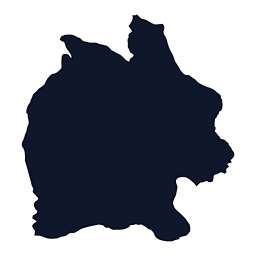 Conceição das Alagoas, Minas Gerais, Brazil
{"feature_id": "56859067B76812944203742", "entity_name": "Conceição das Alagoas", "entity_type": "district", "adm_level": 2, "iso_a3": "BRA", "parent_name": "Brazil", "parent_adm1": "Minas Gerais", "projection": "robinson", "projection_center": [-48.354, -19.942], "detail": "fine", "context": "isolated", "style": "filled", "palette": "ink", "viewbox_px": 256, "rotation_deg": 0, "n_neighbors": 0, "source": "geoboundaries", "source_scale": "gbopen_adm2", "svg_char_len": 4533}
<svg xmlns="http://www.w3.org/2000/svg" viewBox="0 0 256 256"><path d="M219.0,94.8L217.7,93.8L216.1,92.6L214.2,90.8L212.5,89.7L210.8,89.0L208.5,88.1L207.0,87.8L205.4,87.1L203.6,86.3L201.8,85.5L200.1,84.5L198.2,83.4L196.4,81.9L194.6,79.9L192.7,78.8L191.1,77.6L189.3,76.1L187.7,75.8L186.2,75.9L184.5,75.3L182.6,73.9L180.9,72.1L179.6,70.3L178.2,67.7L177.1,65.9L175.8,63.9L174.6,62.0L173.9,60.3L173.2,58.1L172.4,55.9L171.5,54.0L170.6,52.4L169.5,50.4L168.4,48.0L167.8,46.2L167.2,44.4L166.6,42.2L166.2,40.3L165.4,38.3L164.3,36.3L163.1,34.5L162.7,31.9L163.1,30.0L163.6,28.2L163.4,26.2L162.3,24.6L160.7,24.9L159.2,24.9L157.5,25.1L155.5,25.2L153.8,25.0L152.5,24.3L151.2,23.7L149.9,23.0L148.2,22.0L145.9,20.6L143.8,20.0L142.0,19.6L140.0,18.6L138.2,16.8L136.9,15.4L135.1,16.1L133.4,15.9L133.5,18.5L132.9,20.8L132.0,22.4L130.9,24.2L129.5,26.0L130.4,27.2L131.4,28.8L132.4,30.0L132.8,31.9L131.1,33.1L129.9,34.1L129.2,35.6L129.5,37.5L128.4,39.4L128.3,41.8L128.9,43.4L128.5,44.9L128.6,46.9L129.9,49.7L130.7,51.7L132.0,52.7L133.4,53.5L134.4,54.6L134.2,56.2L132.8,57.8L131.5,58.5L130.4,59.9L130.1,62.2L128.4,62.3L126.6,61.4L124.8,60.0L123.1,58.2L121.4,56.6L120.1,55.6L118.5,54.7L117.0,54.0L115.3,53.3L113.5,52.0L111.5,51.1L110.4,50.2L109.1,48.6L107.5,47.1L106.0,46.3L103.9,45.8L102.0,45.3L100.2,45.0L98.6,44.6L97.0,43.8L95.4,43.4L93.8,43.4L91.4,43.5L89.5,43.3L87.4,42.8L85.5,42.5L84.0,42.1L82.2,41.4L80.7,39.7L79.2,38.5L77.3,38.1L75.3,36.7L73.5,36.0L71.7,35.5L70.1,35.4L68.5,35.3L66.8,35.5L65.3,35.6L63.7,36.1L61.9,36.9L60.6,39.2L61.9,40.5L63.8,40.9L65.2,42.4L65.9,44.6L66.5,46.7L68.0,49.2L69.5,51.1L70.6,52.9L71.7,54.6L72.2,56.3L72.3,59.0L70.5,58.6L69.2,57.0L68.2,55.4L65.7,54.6L63.3,55.0L62.4,57.0L62.3,59.5L62.1,62.1L62.2,64.2L62.3,66.3L62.0,68.7L60.6,70.2L59.3,71.5L57.7,72.8L55.9,73.8L54.3,74.5L52.6,74.6L51.1,75.7L49.7,77.2L48.2,78.8L47.1,80.7L46.1,82.6L45.3,84.6L43.9,85.9L42.2,87.3L40.8,88.1L39.6,89.0L38.3,90.3L37.1,91.7L35.9,92.7L34.5,94.0L33.5,95.3L32.7,97.7L31.6,99.9L31.0,102.2L29.7,104.2L28.6,105.8L27.8,107.9L27.2,110.3L27.0,112.5L28.4,113.9L28.5,116.5L29.0,118.9L29.4,120.8L29.5,122.5L29.1,124.9L28.1,127.1L27.6,128.7L27.3,130.4L27.0,132.2L26.1,133.9L25.4,135.9L24.8,138.3L23.7,140.6L22.8,142.6L22.5,144.7L23.0,146.5L24.4,148.6L25.1,150.6L25.4,152.3L25.6,154.4L25.8,157.2L25.7,158.9L25.7,160.7L26.3,162.8L27.0,164.8L27.4,166.5L28.0,168.3L28.5,170.3L29.1,172.5L29.7,174.5L30.1,176.5L30.7,178.0L31.0,179.6L31.7,181.8L32.0,183.8L32.7,185.8L34.2,188.8L33.5,191.7L34.5,193.2L35.8,194.0L36.7,195.5L38.0,196.7L39.1,197.9L38.8,199.5L37.4,201.2L35.6,202.1L34.8,203.8L34.6,205.6L35.4,207.3L36.1,208.9L37.3,209.8L38.2,211.4L37.3,213.5L35.4,215.0L33.5,216.0L33.1,218.0L34.7,219.0L36.1,219.9L37.8,221.0L36.4,222.7L34.5,223.9L32.9,225.8L33.6,227.9L34.8,229.2L35.8,230.7L35.5,233.0L35.2,234.8L37.6,234.9L40.2,235.0L46.3,237.2L48.7,237.9L53.1,238.0L57.5,237.5L60.4,236.1L65.2,235.3L68.1,233.2L70.6,232.1L74.0,232.2L76.1,231.1L80.5,228.4L82.6,227.5L90.6,225.4L98.7,223.8L102.9,224.4L104.5,225.6L105.6,226.7L107.0,227.1L108.7,226.7L111.1,228.3L113.6,229.1L116.6,228.9L119.9,229.0L124.2,228.4L128.1,226.8L130.1,224.4L133.5,224.2L135.8,223.3L138.1,224.1L141.8,223.7L145.2,225.8L147.0,226.9L148.5,228.2L151.5,229.3L153.7,231.6L154.7,233.3L155.2,234.8L156.4,236.7L157.8,237.9L159.7,239.0L161.9,239.7L166.7,240.6L171.7,240.6L175.1,239.3L178.2,238.6L179.5,236.5L186.2,234.8L187.6,233.3L189.4,231.0L189.5,227.8L188.9,224.8L184.5,218.6L180.1,214.3L175.1,209.7L173.7,207.8L172.3,203.9L172.4,202.0L173.3,198.8L174.9,195.7L175.5,193.7L176.8,187.0L175.2,182.3L175.2,180.0L176.7,178.0L178.3,176.9L181.3,176.3L184.3,176.3L186.8,176.9L189.9,178.6L192.9,181.2L194.4,182.4L196.6,185.2L197.6,184.1L198.8,183.2L200.0,181.8L201.6,181.7L203.3,181.4L204.8,180.6L206.2,180.4L207.7,180.4L208.8,181.4L210.6,181.4L212.1,180.9L212.6,179.1L212.9,175.9L214.2,173.9L216.2,173.7L218.0,172.9L219.2,172.1L220.8,171.4L222.9,172.1L224.4,172.8L225.7,172.0L225.2,169.4L226.4,167.7L228.0,166.5L226.5,164.7L227.1,163.0L229.2,162.3L230.7,161.9L229.5,159.7L231.1,158.7L232.2,157.6L233.4,155.7L233.5,153.3L232.3,151.5L231.2,150.1L230.6,148.3L229.2,146.7L228.0,144.9L227.5,143.2L226.0,142.5L224.9,141.0L223.5,140.3L221.8,139.9L219.9,139.4L218.9,137.2L217.1,135.4L215.7,133.4L213.9,131.5L214.5,129.8L215.0,127.8L213.8,126.4L213.8,124.4L214.0,121.7L214.1,119.5L214.8,118.0L216.0,116.8L216.6,115.1L218.0,113.6L218.3,111.3L220.1,110.3L221.4,108.6L221.6,107.0L221.8,105.2L221.8,103.5L221.3,101.9L221.6,100.4L220.2,98.4L220.0,95.9L219.0,94.8Z" fill="#0f172a" stroke="#020617" stroke-width="1.5"/></svg>